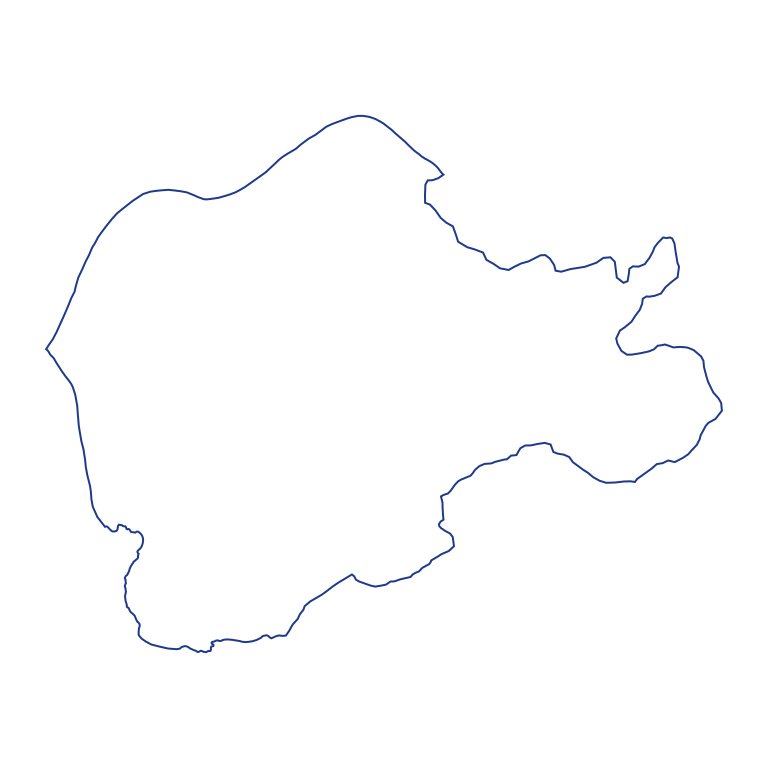 the district of Pha Oudom, Bokeo, Laos
{"feature_id": "54806243B51169476275365", "entity_name": "Pha Oudom", "entity_type": "district", "adm_level": 2, "iso_a3": "LAO", "parent_name": "Laos", "parent_adm1": "Bokeo", "projection": "natural_earth1", "projection_center": [100.874, 20.197], "detail": "fine", "context": "isolated", "style": "outline", "palette": "blue", "viewbox_px": 768, "rotation_deg": 0, "n_neighbors": 0, "source": "geoboundaries", "source_scale": "gbopen_adm2", "svg_char_len": 6084}
<svg xmlns="http://www.w3.org/2000/svg" viewBox="0 0 768 768"><path d="M663.1,237.5L657.8,243.0L654.5,247.3L652.9,251.6L649.5,257.8L644.8,264.1L638.7,266.6L632.8,266.4L629.4,268.8L628.8,274.2L627.6,281.2L623.5,282.8L616.8,277.6L614.8,261.8L610.5,257.3L603.3,257.9L596.5,262.7L584.9,266.8L570.4,269.1L561.2,271.7L555.6,270.7L554.1,264.9L549.8,258.5L545.3,255.1L540.5,255.3L528.5,261.4L521.0,263.5L513.5,267.2L508.7,270.0L500.0,268.3L494.1,264.2L486.4,259.8L483.1,252.6L474.4,249.3L467.2,247.2L458.1,241.7L455.8,234.4L452.9,226.4L446.3,222.7L440.6,217.8L435.6,210.6L430.0,204.6L425.1,202.8L425.0,195.1L425.4,184.7L427.7,180.4L432.6,180.2L438.4,178.1L443.4,174.7L442.6,174.1L440.3,171.2L438.0,168.1L435.7,165.7L432.6,163.1L429.9,161.3L424.8,158.5L422.0,156.7L418.6,153.9L414.4,150.8L408.8,145.5L404.8,141.5L395.3,133.3L391.8,130.0L383.7,123.7L381.4,122.2L375.0,118.8L369.4,116.9L363.4,115.9L358.0,115.9L351.4,117.2L345.9,118.9L331.9,124.1L326.2,126.8L315.5,134.8L308.6,138.7L301.1,144.3L295.6,149.0L287.7,153.6L282.7,156.8L279.4,159.4L274.4,164.2L269.3,168.9L266.2,171.9L262.1,174.9L244.7,187.2L239.9,190.0L235.5,192.3L230.0,194.4L224.5,196.1L218.4,197.8L214.6,198.4L207.1,199.4L203.8,199.2L197.8,197.0L193.9,195.2L186.9,192.4L181.1,191.3L174.9,190.5L168.3,189.8L161.7,190.3L155.7,190.9L150.3,191.7L143.1,194.0L132.8,200.8L122.5,208.9L116.9,213.5L112.1,218.8L106.3,226.0L101.1,232.9L98.2,237.0L94.9,243.3L92.2,247.5L89.0,255.1L85.7,261.4L82.4,269.0L78.3,277.6L75.7,286.6L74.6,291.6L71.2,298.3L67.8,306.8L65.4,312.4L62.4,319.2L59.6,325.3L56.7,331.8L52.9,339.1L48.5,345.4L46.1,349.2L47.6,350.4L48.4,351.4L50.3,354.7L53.7,358.1L56.4,362.8L61.9,371.3L65.6,376.5L68.5,380.1L71.4,384.2L72.8,387.2L75.2,394.5L77.2,405.6L77.7,412.7L78.8,425.9L79.9,432.6L81.4,441.3L83.5,449.5L85.1,459.8L85.8,467.0L87.4,475.5L90.1,486.3L90.9,492.2L91.4,499.0L92.7,506.5L97.3,516.9L105.0,526.8L105.4,526.6L106.3,526.4L106.9,526.5L107.4,526.8L108.5,527.8L109.4,528.9L111.2,530.6L111.8,531.1L112.5,531.4L114.1,531.5L115.2,531.3L116.2,531.0L116.7,530.7L117.2,530.0L117.5,529.2L117.8,527.1L118.0,526.3L118.3,525.5L118.9,524.7L119.7,524.9L121.5,525.1L121.9,525.2L123.0,526.1L123.4,526.2L125.3,526.4L125.7,526.8L126.0,527.3L126.4,528.5L126.6,529.0L127.1,529.2L127.4,529.3L127.9,529.1L128.5,529.0L128.8,529.1L129.2,529.3L130.1,530.4L130.9,531.8L131.3,532.0L133.5,532.3L135.2,532.6L136.5,531.7L137.3,531.6L138.0,531.7L139.5,532.6L141.2,534.3L141.8,535.3L142.3,536.2L143.0,538.5L143.1,540.7L142.9,542.0L142.7,543.3L142.0,545.6L141.0,547.5L140.1,548.6L137.9,550.6L137.6,551.2L137.4,551.7L137.5,552.2L138.1,553.5L138.6,553.9L138.4,554.2L137.9,556.1L138.0,556.6L138.0,557.7L137.8,558.1L137.5,558.5L134.4,561.2L133.8,561.5L133.2,562.8L132.7,563.4L132.1,564.2L130.7,566.5L129.8,568.5L129.2,570.8L128.0,573.3L127.2,574.9L125.7,576.1L124.8,578.2L125.6,580.2L125.6,581.6L125.9,583.3L125.4,584.2L124.8,586.1L125.0,587.1L125.5,588.1L125.6,590.0L126.0,591.8L125.5,593.6L125.0,596.3L125.2,597.4L125.5,600.2L125.9,602.2L126.2,602.8L126.9,605.4L126.8,606.8L127.4,607.4L128.5,607.8L129.9,610.8L130.8,612.2L133.0,614.0L134.1,615.1L134.6,615.7L135.0,616.5L135.7,618.3L137.1,621.4L137.7,622.0L138.5,622.6L139.5,624.1L139.7,624.8L139.7,626.1L139.5,626.9L139.0,628.1L138.7,631.0L138.6,633.6L138.7,634.5L138.9,635.4L141.6,638.6L145.9,641.6L151.3,644.5L159.9,646.7L167.9,648.5L176.4,649.2L179.7,648.7L180.2,648.4L181.3,647.3L181.8,647.0L184.4,646.2L185.2,646.1L185.9,646.2L187.7,646.8L190.1,648.4L192.4,649.5L194.6,650.4L196.1,650.9L197.8,652.1L199.3,651.6L200.4,650.9L200.6,650.8L201.4,650.9L202.2,651.1L203.1,651.6L203.6,651.8L205.7,652.1L206.1,652.1L208.4,651.0L210.0,651.0L210.3,650.9L210.7,650.6L210.9,649.8L210.9,647.5L211.2,646.8L211.5,646.5L213.0,646.2L213.3,646.1L213.5,645.8L213.5,645.1L213.4,644.8L212.9,644.3L212.0,643.8L211.7,643.5L211.6,643.2L211.6,642.7L211.8,642.3L212.4,641.8L213.9,641.7L214.3,641.5L215.4,640.8L216.1,640.6L217.4,640.4L218.0,640.4L219.0,640.9L219.3,641.0L219.7,641.0L221.6,640.7L222.6,640.1L224.1,639.7L225.0,639.6L227.4,639.4L232.0,639.8L239.6,641.0L242.2,641.8L246.2,642.1L249.6,641.7L252.6,641.2L256.6,640.0L261.3,637.6L261.9,636.7L262.9,636.0L266.2,635.3L267.4,635.5L268.6,636.3L269.9,637.6L271.5,638.3L275.7,636.3L279.3,635.4L282.3,635.9L285.9,635.6L289.3,630.6L292.7,624.5L297.6,619.1L300.1,613.9L303.3,610.0L304.7,606.1L310.3,601.4L321.8,594.7L327.3,590.7L332.7,586.5L337.8,583.0L351.9,574.5L354.2,576.3L356.0,579.7L359.1,581.5L370.4,585.5L375.2,586.6L381.3,585.6L386.0,584.6L390.5,581.5L394.4,581.4L400.4,579.3L410.5,577.0L412.8,574.4L415.3,572.9L419.0,571.4L422.5,567.7L426.1,565.8L429.3,564.0L430.1,562.8L430.8,561.9L431.1,560.5L437.1,557.0L441.4,554.2L448.8,551.0L454.0,546.2L452.7,536.9L450.0,533.5L445.3,531.0L440.8,527.9L439.2,526.0L439.0,524.0L440.7,521.5L443.5,519.7L443.0,514.8L442.6,507.7L442.5,502.7L441.0,496.4L443.4,495.0L447.9,493.5L450.7,490.7L455.2,484.4L458.3,481.2L461.3,479.5L470.5,475.7L472.5,473.5L475.0,469.9L479.4,466.1L484.6,463.9L491.3,463.4L495.3,461.8L504.4,459.5L506.9,459.3L511.1,455.6L516.4,455.1L518.6,451.2L520.4,448.2L525.2,445.5L530.9,445.4L537.3,444.0L544.8,442.9L550.6,444.5L553.4,452.0L557.5,453.6L564.0,454.7L569.3,457.1L572.8,462.1L583.2,469.8L587.8,472.7L593.2,477.2L599.7,480.8L606.2,482.8L615.2,482.5L623.9,481.5L630.7,481.3L634.9,482.0L637.1,479.0L651.2,468.9L656.8,464.1L662.8,463.1L668.1,460.5L674.8,462.1L683.2,457.7L688.3,454.2L691.7,450.3L696.8,444.9L699.7,439.2L700.6,435.4L705.7,425.9L708.4,422.8L715.5,418.9L721.9,410.7L721.2,403.1L718.6,398.5L713.3,392.5L711.0,387.9L708.1,381.9L706.4,376.4L704.0,367.1L703.4,360.7L701.1,356.4L693.8,350.2L689.6,348.4L687.1,347.5L680.4,346.9L673.3,347.4L667.7,345.4L665.0,344.5L661.1,345.3L657.8,345.7L653.8,349.4L648.9,351.4L640.7,353.2L631.9,354.6L627.0,354.7L621.4,350.9L617.4,343.6L616.2,338.4L619.9,330.6L625.0,327.1L631.5,321.7L635.5,315.5L639.8,309.8L642.1,303.9L642.8,298.7L646.6,296.4L648.8,296.7L654.3,295.9L660.9,293.6L665.4,287.3L671.1,282.3L677.6,277.2L679.0,266.6L677.5,263.0L675.7,252.2L674.4,243.2L672.2,238.5L669.8,237.4L666.9,238.1L663.1,237.5Z" fill="none" stroke="#1e3a8a" stroke-width="2"/></svg>